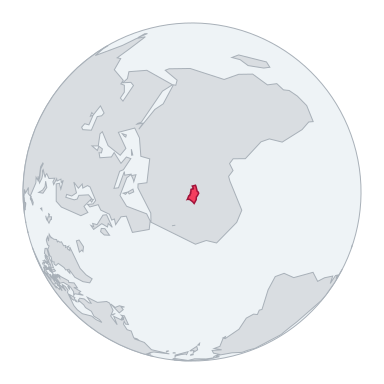 globe centered on Kidal, rotated 256°
{"feature_id": "MLI-2689", "entity_name": "Kidal", "entity_type": "Region", "adm_level": 1, "iso_a3": "MLI", "parent_name": "Mali", "parent_adm1": "", "projection": "orthographic", "projection_center": [2.188, 19.739], "detail": "fine", "context": "on_globe", "style": "filled", "palette": "rose", "viewbox_px": 384, "rotation_deg": 256, "n_neighbors": 0, "source": "natural_earth", "source_scale": "10m", "svg_char_len": 9724}
<svg xmlns="http://www.w3.org/2000/svg" viewBox="0 0 384 384"><g transform="rotate(256 192 192)"><circle cx="192" cy="192" r="169" fill="#eef3f6" stroke="#a8b0b8"/><path d="M177.0,23.7L172.4,24.3L151.8,28.2L149.0,29.8L131.4,37.3L134.3,36.7L129.6,39.8L131.2,40.4L127.5,42.1L132.0,41.2L135.1,39.5L138.1,38.7L139.4,39.1L134.9,41.1L133.6,41.3L132.9,42.1L130.1,43.1L132.2,42.8L126.5,45.6L133.9,43.5L130.9,46.2L126.7,48.0L124.8,46.9L110.3,49.9L105.5,52.2L100.5,56.1L95.9,64.6L91.5,67.9L87.2,73.0L90.6,71.3L95.2,66.8L100.6,65.5L105.6,60.7L108.6,59.7L114.6,55.6L116.1,57.4L114.3,61.5L109.4,65.1L108.5,67.2L115.2,64.9L107.8,73.5L106.4,82.7L104.2,85.1L96.4,86.8L91.4,83.1L81.3,87.3L90.3,86.0L84.7,92.8L84.8,94.7L86.6,95.4L89.6,93.5L88.2,96.4L78.8,98.2L79.9,95.6L82.9,94.9L80.5,93.5L74.1,95.7L71.8,99.4L64.6,100.2L62.9,103.1L60.3,105.2L63.6,100.4L57.6,109.3L48.8,114.5L40.4,130.9L46.0,116.2L46.3,112.7L46.0,110.6L44.5,113.1L46.1,108.0L44.1,110.4L41.5,115.2L47.4,104.6L54.1,94.4L61.5,84.7L69.6,75.6L78.3,67.0L87.6,59.2L97.4,52.0L107.8,45.5L118.5,39.8L129.7,34.9L141.2,30.9L152.9,27.6L164.9,25.2L177.0,23.7ZM33.3,134.0L32.4,137.2L34.4,132.7L34.9,134.3L29.5,147.4L29.5,154.3L26.6,165.3L25.9,172.6L27.1,173.5L28.0,178.9L30.4,173.9L33.4,173.2L31.7,182.6L34.8,175.6L35.5,181.7L42.7,186.9L41.7,188.7L47.5,204.4L56.5,214.2L58.6,222.2L57.3,225.8L61.1,228.7L61.1,231.5L78.7,242.2L89.8,252.3L90.8,261.7L84.3,270.0L84.8,290.0L74.9,292.3L76.7,299.8L76.4,308.2L69.8,304.0L76.2,311.0L76.2,312.8L73.2,310.8L76.5,314.6L74.5,313.1L78.6,316.9L80.8,319.2L69.6,308.4L59.4,296.7L55.2,290.8L40.5,262.0L37.3,254.8L32.0,243.5L25.1,215.5L24.9,207.3L24.3,201.8L26.3,191.9L27.2,178.4L26.8,175.4L25.6,178.8L25.7,166.7L27.6,155.7L29.8,144.6L33.3,134.0ZM37.8,136.2L38.0,149.5L35.5,147.4L36.4,146.5L36.9,141.8L36.9,136.3L35.4,135.3L37.8,136.2ZM43.2,129.7L43.0,128.1L43.5,129.0L43.2,129.7ZM113.4,55.0L114.0,55.3L112.5,55.9L113.4,55.0ZM115.5,53.1L113.4,53.6L114.0,52.8L115.3,52.5L115.5,53.1ZM117.9,52.8L115.5,51.3L116.7,49.9L122.6,47.8L117.9,52.8ZM135.6,38.9L132.3,40.6L133.8,39.0L135.6,38.9ZM135.8,38.1L136.2,35.0L141.6,33.0L140.4,34.2L146.5,31.7L148.9,32.1L146.1,33.7L142.1,34.8L146.1,34.2L135.8,38.1ZM192.9,23.1L193.9,23.1L191.8,23.1L192.9,23.1ZM139.5,38.3L139.1,37.7L143.7,35.8L145.4,36.7L143.4,37.0L139.5,38.3ZM146.9,30.9L150.6,29.9L153.7,29.9L155.5,29.6L149.4,32.0L146.9,30.9ZM142.9,37.6L146.1,37.2L145.1,38.5L140.2,38.7L142.9,37.6ZM144.3,35.0L146.6,34.2L145.8,34.9L144.3,35.0ZM143.1,43.4L142.5,42.4L144.9,41.3L143.1,43.4ZM147.4,37.0L147.7,36.6L148.6,36.1L150.4,36.2L147.4,37.0ZM152.0,32.0L152.5,32.3L154.6,31.0L157.0,31.2L152.5,32.9L155.4,32.2L156.2,32.3L151.7,33.7L152.0,32.0ZM154.9,35.0L150.0,37.6L150.6,39.5L148.5,40.5L148.0,37.3L154.9,35.0ZM153.4,34.0L153.9,34.8L151.0,35.5L148.9,35.4L153.4,34.0ZM160.2,30.8L157.8,30.0L158.8,29.8L160.2,30.8ZM155.6,35.3L156.8,34.7L156.0,35.4L155.6,35.3ZM159.4,32.0L158.4,31.7L159.7,31.3L159.4,32.0ZM160.0,33.9L158.4,34.7L156.9,34.5L160.0,33.9ZM160.2,32.9L162.1,32.5L157.4,34.0L159.5,32.8L160.2,32.9ZM160.8,31.7L161.2,31.4L161.0,31.9L160.8,31.7ZM166.4,34.1L160.8,36.1L157.5,35.7L163.5,33.8L166.4,34.1ZM98.8,332.9L99.4,333.3L101.1,334.3L100.9,334.3L99.6,333.4L98.8,332.9ZM203.7,23.4L202.3,23.4L203.7,23.4ZM354.4,145.4L353.0,141.0L354.3,146.1L352.4,140.3L347.8,131.2L348.6,138.5L351.0,159.7L354.4,175.4L353.9,184.3L345.9,165.7L340.3,151.9L338.7,155.1L329.4,146.2L317.0,152.3L314.1,149.1L312.0,152.2L305.3,150.5L300.5,145.2L296.9,147.0L309.5,161.0L313.2,159.2L314.7,151.2L317.7,156.8L324.0,159.9L321.0,177.6L300.8,199.0L297.0,187.7L272.0,159.7L271.7,155.9L271.5,155.5L271.1,154.8L270.7,161.2L265.8,155.6L281.1,175.9L284.5,185.4L300.5,199.9L299.5,202.1L304.1,204.6L316.6,195.5L317.1,199.5L312.3,220.1L293.4,250.4L294.9,265.7L291.7,279.4L277.7,291.1L276.6,300.5L269.0,305.4L267.0,310.8L259.6,317.4L248.1,324.2L231.0,326.6L231.7,322.2L225.9,313.9L218.6,291.6L224.8,279.9L224.0,271.1L211.4,251.8L214.3,240.0L210.5,235.3L202.9,237.0L198.3,231.3L193.5,231.4L162.3,235.9L151.7,228.0L136.6,203.5L141.5,194.1L140.5,182.7L172.6,144.9L181.5,146.9L209.1,140.5L212.9,141.6L211.9,150.5L234.4,159.0L239.0,151.0L257.2,154.1L267.9,151.9L267.7,135.0L250.3,138.4L245.0,131.2L257.3,121.8L272.2,119.6L270.7,116.8L259.4,112.2L260.9,106.1L255.2,110.2L258.9,112.7L255.5,115.5L251.9,113.6L252.6,111.3L247.5,110.9L245.5,122.3L249.1,126.0L237.0,130.0L241.8,136.8L239.2,140.7L230.2,130.8L229.6,126.8L214.4,117.2L213.9,121.7L228.2,131.3L224.6,130.8L224.0,137.8L221.6,132.2L206.1,121.3L194.0,125.1L181.8,142.7L174.0,144.4L166.0,141.4L167.2,124.4L184.4,122.4L185.1,117.1L178.8,110.0L184.6,110.2L184.2,107.3L190.4,106.5L196.5,99.1L202.4,97.9L202.2,89.3L205.2,87.7L204.4,93.1L207.1,96.5L221.5,94.3L223.5,92.2L222.2,87.0L226.3,87.4L223.2,82.7L230.2,79.7L219.1,79.7L217.2,74.3L220.0,69.8L217.4,68.3L212.9,75.8L212.9,78.9L216.1,81.4L214.3,90.9L209.9,93.0L204.2,83.7L197.3,86.0L195.9,78.4L209.0,61.6L215.9,58.0L232.7,62.2L232.6,65.4L226.5,65.4L234.5,69.9L232.7,67.4L236.2,67.9L235.3,63.7L237.6,63.9L232.7,59.6L235.5,59.5L238.6,62.2L239.7,56.5L244.9,55.5L244.0,54.2L241.6,53.0L249.7,53.0L248.7,52.0L245.6,51.6L241.6,49.6L237.6,46.2L240.7,46.3L242.5,47.6L251.0,50.8L255.4,54.5L256.2,54.3L253.1,51.2L242.8,47.2L239.6,45.1L244.5,46.5L242.5,45.8L241.8,44.9L244.0,44.3L238.6,42.7L227.2,34.1L230.3,32.6L236.0,34.4L231.3,30.3L235.1,30.0L232.3,29.4L228.1,27.8L226.8,27.8L225.2,27.5L213.8,24.6L213.5,24.4L211.1,24.1L223.4,26.0L235.5,28.7L247.4,32.4L259.0,36.9L270.2,42.2L281.0,48.4L291.4,55.3L301.1,63.0L310.3,71.4L318.9,80.4L326.8,90.1L333.9,100.3L340.3,110.9L345.8,122.1L350.5,133.6L354.4,145.4ZM164.1,164.4L163.8,167.8L164.1,164.4ZM289.9,125.8L297.7,124.0L290.9,115.2L293.3,114.0L290.1,111.7L290.4,114.6L282.1,108.2L284.2,104.4L281.6,100.6L278.9,101.1L276.3,109.3L288.1,118.3L287.8,122.8L289.9,125.8ZM43.0,187.0L43.6,189.5L42.3,188.6L43.0,187.0ZM34.0,150.7L34.6,152.1L34.5,154.1L33.8,153.7L34.0,150.7ZM42.1,160.6L43.4,162.8L41.6,162.1L42.1,160.6ZM38.3,151.4L41.1,159.3L37.5,159.3L36.0,154.5L37.7,155.5L38.3,151.4ZM40.4,134.3L40.5,135.7L39.7,137.2L40.4,134.3ZM43.6,130.4L43.3,130.2L43.8,128.5L43.6,130.4ZM85.3,92.6L86.0,92.6L87.2,93.9L85.5,94.4L85.3,92.6ZM99.2,94.0L96.7,98.7L97.4,95.5L94.5,96.8L92.3,92.2L103.0,86.1L98.6,89.5L99.2,94.0ZM92.4,85.0L92.6,88.2L92.0,84.9L92.4,85.0ZM175.6,93.7L178.6,95.2L177.5,98.6L170.0,101.5L171.5,96.5L175.6,93.7ZM183.1,96.8L179.5,87.5L184.0,85.8L182.1,88.2L185.5,88.0L183.3,92.0L191.1,100.0L190.6,103.6L177.0,106.1L181.7,103.1L178.5,101.5L183.1,96.8ZM162.3,71.1L160.9,68.2L172.6,68.0L172.7,70.8L165.2,73.5L160.7,71.8L162.3,71.1ZM128.7,49.9L127.4,49.7L128.7,49.0L130.8,48.6L128.7,49.9ZM142.7,43.1L135.9,50.6L134.0,50.6L132.3,55.6L126.7,57.6L128.0,54.2L122.4,59.9L121.3,57.6L118.1,61.6L121.6,53.7L120.4,52.3L123.9,53.0L129.0,51.1L130.9,49.8L135.4,45.4L135.4,41.9L140.5,39.8L144.1,39.3L144.9,39.8L141.3,40.9L144.9,40.8L140.4,42.9L142.7,43.1ZM183.6,40.9L179.1,40.9L185.6,43.2L181.1,44.3L182.1,44.5L179.7,46.4L178.6,49.1L176.2,49.3L176.8,50.3L175.2,51.7L175.2,53.3L170.9,54.4L170.6,56.5L168.7,55.9L169.3,59.2L167.0,57.3L164.7,59.3L168.2,60.1L145.0,64.9L137.2,69.2L131.9,74.1L128.6,70.8L131.4,64.5L137.6,57.7L145.7,54.4L142.7,53.8L145.7,52.1L146.8,53.3L146.9,50.6L149.6,49.6L155.1,45.0L153.6,42.2L155.6,40.7L157.5,41.3L158.1,39.4L163.2,39.6L164.7,38.6L171.2,38.2L174.2,40.3L175.7,39.1L180.7,39.0L183.6,40.9ZM168.2,34.0L172.8,35.8L172.5,37.5L161.3,37.7L159.2,38.6L152.0,39.3L152.5,37.0L154.5,36.9L156.6,36.4L155.6,37.3L157.9,36.2L160.8,36.2L163.4,35.4L164.2,36.1L168.2,34.0ZM216.0,138.0L218.7,138.0L222.6,137.2L222.3,141.8L216.0,138.0ZM205.3,130.6L207.5,129.8L209.1,135.4L206.2,135.5L205.3,130.6ZM207.5,124.9L207.5,129.4L205.8,127.0L207.5,124.9ZM206.4,92.2L208.7,91.3L209.4,92.5L208.7,94.5L206.4,92.2ZM201.9,49.7L199.4,49.0L199.8,48.4L196.4,45.7L199.5,44.9L202.7,46.2L201.9,49.7ZM265.5,138.4L263.2,142.1L261.3,141.0L262.4,139.9L265.5,138.4ZM242.3,142.3L248.2,143.5L242.2,143.5L242.3,142.3ZM204.7,48.4L203.0,47.3L205.6,47.6L204.7,48.4ZM201.5,44.2L204.4,44.3L199.4,44.5L201.5,44.2ZM313.7,270.4L300.2,295.7L294.2,297.7L294.9,291.6L301.1,277.0L308.7,270.8L312.9,263.2L313.7,270.4ZM354.8,176.6L357.0,184.4L356.5,187.1L354.8,176.6ZM228.7,43.1L230.0,47.5L233.0,50.8L237.9,52.6L231.5,52.2L226.9,47.1L228.7,43.1ZM227.1,35.0L222.8,33.9L224.2,33.5L225.4,33.7L227.1,35.0ZM224.8,34.9L220.3,35.4L217.6,34.3L221.7,34.1L224.8,34.9ZM212.7,41.1L212.9,42.3L210.7,42.0L212.7,41.1ZM195.3,23.1L194.0,23.1L195.3,23.1ZM224.6,27.5L222.3,27.1L222.4,26.9L224.6,27.5ZM216.0,25.9L217.5,26.5L214.7,25.8L216.0,25.9ZM220.8,27.9L217.4,26.6L222.5,28.0L220.8,27.9Z" fill="#d9dde1" stroke="#a8b0b8" stroke-width="1"/><path d="M186.0,185.7L186.2,185.9L186.5,186.1L186.9,186.4L187.2,186.6L187.4,186.7L187.6,186.9L187.9,187.1L188.1,187.2L188.3,187.4L188.6,187.6L188.8,187.7L189.1,188.0L189.2,188.3L189.2,188.6L189.1,188.9L189.1,189.0L189.3,189.1L189.5,189.0L189.7,189.3L189.8,189.3L190.0,189.3L190.3,189.5L190.5,189.7L190.5,189.8L190.5,190.0L190.9,190.3L191.0,190.4L191.1,190.5L191.3,190.5L191.5,190.5L191.8,190.6L191.9,190.4L192.0,190.4L192.1,190.5L192.3,190.6L192.4,190.8L192.6,191.0L192.8,191.1L193.2,191.2L193.3,191.2L194.1,191.4L194.5,191.6L194.8,191.7L194.8,191.8L194.8,192.4L194.8,192.5L194.9,192.8L195.0,193.0L194.9,193.1L194.8,193.3L194.7,193.4L194.7,193.5L194.6,193.8L194.8,194.0L195.1,194.2L195.3,194.2L195.5,194.2L195.8,194.1L196.3,194.0L196.5,194.0L196.7,193.9L197.2,193.8L197.7,193.7L197.7,194.1L197.7,194.5L197.7,194.8L197.7,195.2L197.7,195.5L197.7,195.9L197.7,196.3L197.7,196.6L197.7,197.0L196.2,197.2L194.1,197.2L191.4,197.2L190.9,197.8L189.2,198.2L187.5,196.7L186.9,196.1L186.1,195.0L183.4,194.2L183.2,193.9L182.0,192.9L180.3,191.3L182.3,190.3L183.6,189.3L185.4,187.8L186.0,185.8L186.0,185.7L186.0,185.7Z" fill="#f43f5e" stroke="#9f1239" stroke-width="1.5"/></g></svg>